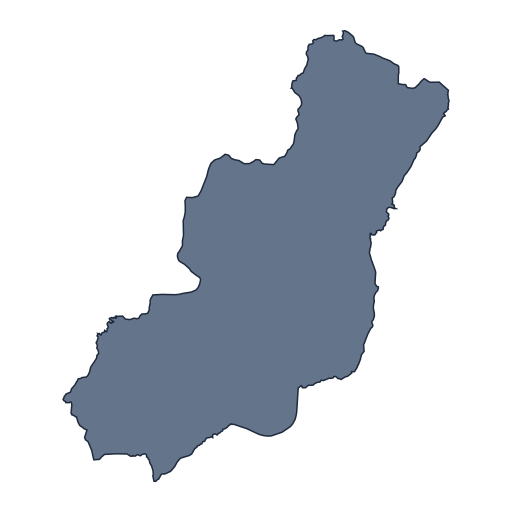 Namor, Oudômxai, Laos
{"feature_id": "54806243B14770946613819", "entity_name": "Namor", "entity_type": "district", "adm_level": 2, "iso_a3": "LAO", "parent_name": "Laos", "parent_adm1": "Oudômxai", "projection": "robinson", "projection_center": [101.708, 20.926], "detail": "fine", "context": "isolated", "style": "filled", "palette": "slate", "viewbox_px": 512, "rotation_deg": 0, "n_neighbors": 0, "source": "geoboundaries", "source_scale": "gbopen_adm2", "svg_char_len": 5976}
<svg xmlns="http://www.w3.org/2000/svg" viewBox="0 0 512 512"><path d="M342.8,31.1L343.2,31.5L343.3,34.2L342.2,36.4L343.0,38.3L342.9,39.4L340.8,40.0L339.5,39.7L336.3,41.2L334.7,40.7L334.0,40.2L334.0,35.9L333.6,35.4L326.2,35.6L325.0,35.3L323.0,36.8L320.8,37.8L317.8,38.5L316.2,39.7L313.9,39.5L312.7,41.0L313.4,42.7L312.2,43.9L309.2,44.4L308.0,46.5L308.1,48.5L307.6,50.6L306.5,51.9L306.3,53.6L306.4,54.5L307.8,56.8L307.9,58.4L308.4,59.1L307.4,62.1L306.9,64.9L304.5,68.9L303.3,72.8L301.2,73.7L299.8,75.2L298.0,75.5L297.4,77.0L296.5,77.8L296.2,80.4L293.0,80.8L292.1,83.1L291.7,85.8L291.8,87.7L291.3,88.1L292.2,88.3L294.9,92.6L299.0,95.7L300.9,98.9L301.6,102.1L301.5,104.7L300.0,107.3L298.1,109.2L297.9,110.9L298.9,113.6L298.7,115.1L296.9,117.0L295.8,118.9L297.4,123.0L298.2,128.6L296.6,130.9L294.9,134.6L294.1,141.0L293.4,143.9L290.0,148.8L287.8,150.1L286.7,153.1L284.7,156.3L279.2,158.0L273.8,164.6L264.4,164.0L262.2,163.3L259.7,160.0L255.9,159.6L253.5,161.4L249.5,163.6L244.2,163.7L238.9,160.5L235.0,159.8L231.4,158.5L228.7,155.2L225.1,154.3L220.4,158.0L214.6,160.0L210.9,163.4L208.6,168.9L206.6,176.8L200.9,191.2L198.1,196.0L192.4,197.6L186.6,197.3L185.0,200.7L185.3,207.2L185.2,212.4L184.3,217.1L183.2,220.7L183.5,235.5L182.4,241.0L182.5,245.7L179.1,251.7L177.9,253.1L177.4,255.7L177.6,257.4L178.4,259.8L179.6,261.4L184.5,264.3L189.4,268.7L191.2,271.4L196.3,275.3L199.8,277.6L200.6,279.7L199.7,283.9L198.1,287.6L195.9,290.1L191.1,292.1L182.9,293.4L179.8,294.2L175.6,294.7L162.0,294.4L152.9,294.9L150.7,298.8L150.1,300.4L150.2,302.7L149.2,307.8L149.3,309.9L147.6,313.3L144.9,313.9L141.8,314.0L139.8,316.1L139.1,317.9L137.5,318.7L133.8,318.2L130.1,319.6L125.4,319.1L122.6,316.1L117.6,316.3L115.9,316.0L115.6,316.6L116.4,317.7L116.2,318.1L115.9,318.2L114.9,317.2L113.8,317.5L113.5,318.2L111.7,317.5L110.7,318.1L109.8,318.1L109.4,318.4L109.5,319.2L113.7,321.6L113.6,322.0L111.8,322.2L112.0,322.9L111.3,323.3L110.3,322.9L109.6,321.3L107.7,322.6L107.1,324.0L108.3,327.2L108.2,327.8L107.1,328.6L107.1,330.7L106.5,331.7L104.7,330.4L104.3,332.2L102.8,332.5L101.5,333.4L101.2,334.9L100.8,335.0L99.9,334.4L99.4,333.5L98.3,333.8L97.6,333.5L97.7,334.8L97.0,335.9L98.1,337.1L98.1,337.7L97.1,341.0L96.2,342.6L96.4,343.4L96.9,343.9L97.3,345.9L96.8,348.1L98.0,350.0L98.7,353.1L98.3,353.9L97.0,355.2L96.6,358.0L95.6,359.8L90.7,367.1L89.5,372.1L88.3,374.7L87.6,375.8L86.2,377.0L81.8,377.6L80.4,378.6L79.0,378.6L77.9,379.2L77.4,380.8L76.4,382.1L74.8,385.1L71.6,388.7L70.5,392.1L66.1,394.0L64.0,397.0L64.0,397.7L63.1,399.2L63.7,400.5L65.6,401.6L65.7,402.6L69.3,402.7L70.1,402.0L70.9,402.0L71.4,402.6L71.8,404.9L71.1,412.6L71.1,413.2L71.8,414.0L71.7,414.7L74.0,415.6L75.9,417.0L76.6,417.0L77.8,421.7L79.6,425.3L84.4,428.9L87.0,430.0L84.6,437.4L85.5,439.8L88.0,441.6L91.6,450.1L93.8,459.8L99.4,459.4L101.6,456.9L104.6,454.4L115.9,453.8L127.1,454.0L130.3,456.1L132.1,456.3L133.2,455.5L133.8,456.1L135.2,456.1L137.5,454.6L140.3,455.8L142.3,454.4L144.7,453.7L146.5,454.8L146.6,457.0L147.7,457.4L148.3,459.1L149.1,459.7L150.0,463.4L151.5,465.8L153.0,470.7L153.3,474.8L152.8,475.7L154.0,481.3L155.8,481.3L157.4,479.7L158.8,478.9L161.1,474.7L161.6,474.3L162.2,473.9L164.8,474.0L170.6,471.3L174.5,466.9L177.2,462.0L180.4,458.2L189.3,455.5L191.7,454.0L194.5,449.0L197.0,447.0L197.5,445.7L198.9,445.5L200.0,444.8L200.5,444.0L201.7,443.9L202.8,441.8L203.7,441.3L204.6,441.4L206.0,438.6L207.5,437.7L209.7,437.6L211.1,436.7L212.7,437.6L212.6,435.0L213.3,434.3L215.2,433.9L217.1,435.0L218.3,433.6L220.3,432.5L221.3,431.3L222.6,430.9L222.9,429.2L224.9,428.8L227.1,427.4L227.9,426.6L228.2,425.8L229.2,425.4L230.9,423.8L231.9,424.5L233.2,424.1L246.6,428.6L259.1,434.4L264.0,435.7L268.8,436.1L271.6,435.8L282.1,432.2L290.5,426.5L292.7,423.8L295.1,419.4L296.0,416.0L296.7,411.9L298.2,388.0L301.1,385.7L301.6,385.7L302.3,387.7L305.6,387.7L308.1,385.4L313.2,385.1L314.6,383.7L317.1,382.4L320.0,382.0L321.2,380.2L323.3,380.6L329.6,378.1L330.4,378.4L331.9,378.2L333.4,377.7L333.8,376.6L335.6,376.5L336.7,377.2L337.7,378.5L339.5,378.7L341.0,379.5L345.2,376.9L347.6,376.3L351.8,373.0L351.6,371.6L354.5,371.7L357.2,367.3L357.6,365.5L358.2,365.2L360.3,359.6L361.4,354.9L364.1,351.3L363.6,344.5L364.2,343.6L367.6,334.5L369.8,330.2L370.6,328.6L372.0,327.3L372.7,326.3L372.8,325.0L371.8,322.6L372.0,321.2L373.3,319.7L374.4,316.1L374.3,313.1L373.3,308.0L373.5,305.3L374.3,301.4L373.9,297.8L374.3,295.6L375.8,292.6L377.6,290.6L378.4,288.1L378.3,286.8L376.6,286.3L375.0,283.5L375.7,272.2L374.4,268.0L371.5,260.2L369.3,252.4L369.9,250.3L369.9,248.8L370.6,247.0L371.2,242.8L370.5,240.6L370.6,238.6L369.7,238.0L370.5,235.9L370.0,235.1L370.2,233.5L371.1,233.4L371.9,234.8L374.6,235.0L375.2,234.5L375.7,233.4L376.6,232.7L376.4,231.1L379.4,230.0L380.6,230.8L382.0,229.7L383.1,229.5L383.2,227.8L383.8,226.3L385.4,225.2L385.7,222.7L386.5,221.0L388.3,219.9L389.0,218.1L388.0,216.1L388.5,215.7L388.8,214.6L388.5,213.7L386.6,212.3L386.5,211.3L387.0,208.5L388.9,207.4L390.4,207.4L394.4,208.7L395.9,208.6L394.2,207.7L394.3,205.4L393.2,204.4L392.4,204.5L391.9,204.0L392.7,202.5L392.2,197.9L393.7,197.0L394.5,195.8L395.5,193.2L395.8,190.3L397.6,187.3L402.2,181.1L404.1,175.9L406.9,172.6L410.8,166.8L414.3,159.0L415.1,158.6L416.4,155.3L416.8,152.9L418.9,151.4L419.9,150.0L420.2,148.9L419.9,146.8L426.5,141.1L432.0,132.9L435.9,128.7L438.2,125.3L442.4,117.6L443.6,116.4L444.6,116.2L445.2,115.8L443.7,113.4L444.7,112.1L445.5,112.0L446.5,111.1L447.1,109.8L448.3,109.2L448.4,108.5L447.7,107.0L448.4,106.1L448.4,102.6L448.8,102.0L448.9,100.0L448.2,98.3L448.1,95.7L447.5,94.8L448.0,94.0L447.9,92.6L448.4,90.3L439.2,82.1L430.5,82.3L429.2,81.9L424.6,78.8L423.9,78.8L420.7,81.7L419.5,83.5L415.0,87.8L412.6,88.3L407.6,87.7L406.6,86.8L406.2,85.4L405.1,84.5L403.0,84.6L398.3,83.7L398.3,75.7L398.8,72.7L398.8,66.9L398.0,65.5L393.9,63.7L390.0,60.8L382.1,57.8L380.2,56.7L373.8,54.1L366.3,53.3L365.5,52.5L363.2,47.6L361.8,46.3L356.2,43.7L355.1,42.2L353.6,37.1L352.3,35.6L348.2,32.3L344.9,30.7L342.8,31.1Z" fill="#64748b" stroke="#1e293b" stroke-width="1.5"/></svg>